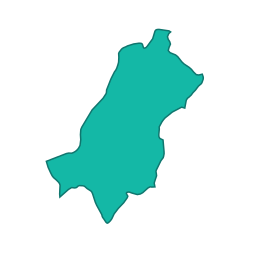 map outline of Paktya (orthographic projection), rotated 338°
{"feature_id": "AFG-3413", "entity_name": "Paktya", "entity_type": "Province", "adm_level": 1, "iso_a3": "AFG", "parent_name": "Afghanistan", "parent_adm1": "", "projection": "orthographic", "projection_center": [69.398, 33.616], "detail": "fine", "context": "isolated", "style": "filled", "palette": "teal", "viewbox_px": 256, "rotation_deg": 338, "n_neighbors": 0, "source": "natural_earth", "source_scale": "10m", "svg_char_len": 2217}
<svg xmlns="http://www.w3.org/2000/svg" viewBox="0 0 256 256"><g transform="rotate(338 128 128)"><path d="M203.5,54.9L201.2,55.7L198.8,58.1L198.5,60.9L199.0,63.5L198.8,66.1L196.2,68.7L194.3,71.3L195.2,73.9L199.5,78.1L200.8,80.4L202.7,86.9L204.0,89.7L207.5,94.8L208.8,97.4L209.8,100.7L211.3,104.1L213.5,105.4L217.0,105.9L216.9,108.4L216.6,109.7L215.9,111.0L213.5,113.7L212.5,114.4L208.9,115.6L204.8,118.1L201.4,119.6L199.0,121.1L195.6,122.4L194.5,122.6L193.2,123.5L192.4,124.1L188.1,130.8L185.7,128.9L185.4,128.8L185.1,128.8L175.1,129.8L166.2,132.5L164.0,133.6L161.8,135.0L157.3,138.7L156.6,140.8L154.2,145.4L153.4,147.5L153.6,149.6L156.0,152.2L152.6,163.3L151.8,165.4L150.4,167.6L149.5,168.7L146.2,170.7L138.3,177.8L137.6,178.9L137.2,180.8L136.6,183.0L134.0,186.0L132.1,188.3L131.6,189.1L130.9,192.7L128.0,191.7L127.4,191.4L126.4,190.8L124.0,191.1L117.4,193.5L114.7,193.8L111.7,193.2L107.3,189.8L106.2,188.8L105.8,188.4L105.2,187.9L104.6,187.6L103.6,187.4L102.7,187.3L102.3,187.6L102.0,188.0L102.0,189.1L102.1,189.8L102.2,190.3L102.3,190.8L102.2,191.3L101.0,192.5L96.0,195.7L88.9,198.9L83.0,202.4L79.0,206.1L77.0,207.4L74.8,208.3L73.9,208.5L73.4,208.5L73.0,208.4L72.3,207.2L71.5,203.3L71.0,201.3L71.0,199.9L71.2,199.0L71.2,198.1L70.0,187.9L69.9,184.4L70.5,176.1L70.5,174.3L70.3,173.2L69.8,172.2L67.5,169.0L66.0,166.0L65.4,165.3L64.6,164.7L61.4,163.2L60.6,163.1L59.8,163.2L58.7,163.7L57.6,163.9L56.1,163.6L53.4,162.1L49.7,162.7L39.0,166.5L39.9,163.6L43.5,155.8L43.7,154.3L43.4,152.5L42.1,149.4L40.4,146.1L39.8,144.0L39.5,140.8L39.2,134.7L39.8,128.3L61.3,128.6L63.5,129.0L66.5,130.3L68.2,130.3L70.5,130.0L72.5,129.3L74.1,128.5L75.1,127.8L77.0,126.2L79.8,121.2L81.4,116.4L83.7,111.7L85.5,109.9L87.5,108.4L101.5,97.8L116.0,91.1L120.6,87.9L121.4,86.8L122.4,84.7L130.2,76.5L131.0,75.7L136.6,70.8L138.3,69.8L140.0,68.3L142.4,65.5L143.9,63.5L146.0,59.0L147.2,55.5L148.1,54.5L151.3,52.6L152.6,52.1L154.0,51.9L156.4,51.9L158.2,51.7L164.7,52.2L169.6,53.4L170.9,53.9L172.0,54.5L172.5,55.1L172.7,56.0L172.6,57.0L172.5,58.3L172.5,59.5L173.0,60.1L174.7,60.2L176.3,59.5L184.3,54.5L189.3,48.3L190.2,47.7L191.0,47.5L191.8,47.6L192.6,47.8L193.7,48.2L202.4,53.3L203.5,54.9Z" fill="#14b8a6" stroke="#0f766e" stroke-width="1.5"/></g></svg>